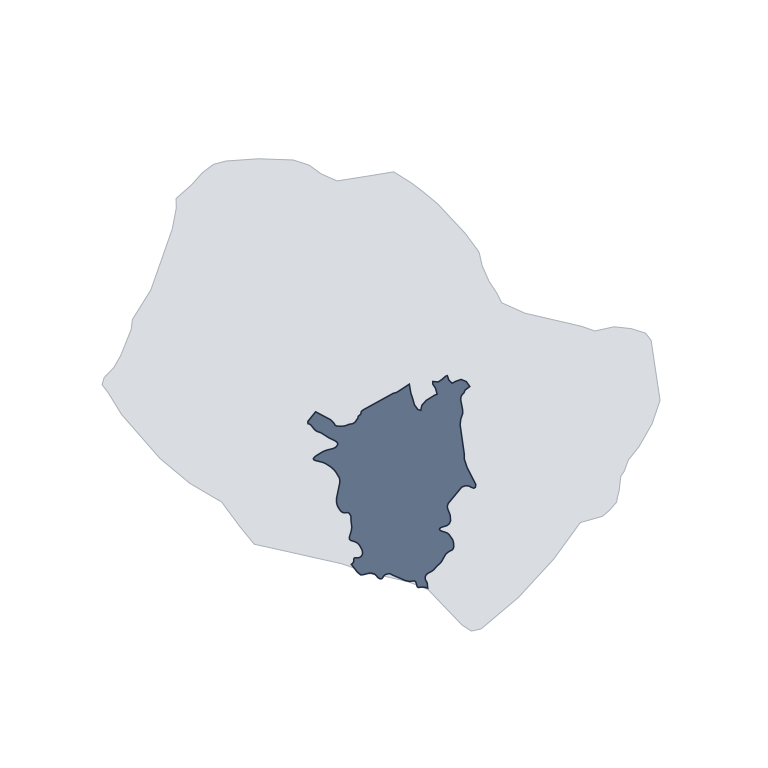 where Maseru sits in Lesotho, rotated 251°
{"feature_id": "LSO-1203", "entity_name": "Maseru", "entity_type": "District", "adm_level": 1, "iso_a3": "LSO", "parent_name": "Lesotho", "parent_adm1": "", "projection": "mercator", "projection_center": [27.777, -29.596], "detail": "fine", "context": "in_parent", "style": "filled", "palette": "slate", "viewbox_px": 768, "rotation_deg": 251, "n_neighbors": 0, "source": "natural_earth", "source_scale": "10m", "svg_char_len": 3593}
<svg xmlns="http://www.w3.org/2000/svg" viewBox="0 0 768 768"><g transform="rotate(251 384 384)"><path d="M500.1,509.8L479.8,516.2L477.0,516.8L464.0,515.3L446.7,516.8L433.0,520.3L422.5,521.7L405.2,540.1L373.9,590.0L365.5,600.5L363.2,620.1L355.9,635.7L347.0,647.8L338.3,650.8L312.1,645.9L278.6,639.7L259.2,624.6L241.8,604.8L232.7,590.4L223.1,582.5L219.9,578.0L206.2,571.4L201.1,568.0L196.6,565.5L191.1,555.9L187.8,547.6L189.1,524.5L179.5,510.8L163.1,487.3L152.7,468.0L138.5,441.8L129.8,419.3L120.8,396.1L121.9,386.2L130.6,379.4L155.8,367.7L175.4,358.7L189.4,342.1L204.8,317.5L212.2,302.7L219.6,295.9L227.8,285.5L242.0,262.4L257.8,236.8L274.7,209.2L296.0,201.3L325.2,192.1L353.2,168.1L386.6,147.9L440.4,126.0L465.5,120.4L475.1,117.2L481.1,121.4L487.5,133.9L496.7,144.4L517.9,162.7L526.9,167.1L548.9,194.2L572.3,212.8L599.4,234.2L617.8,244.8L627.1,247.8L634.9,266.8L642.8,280.9L647.2,294.2L646.3,307.1L637.8,338.7L625.4,371.0L615.4,384.4L603.2,392.9L591.3,405.7L586.7,431.7L581.4,462.2L565.8,474.9L553.7,483.1L537.0,493.3L500.1,509.8Z" fill="#d9dde1" stroke="#a8b0b8" stroke-width="1"/><path d="M186.7,349.6L188.0,348.6L188.9,343.9L191.4,339.9L200.8,329.6L202.2,328.5L203.1,326.9L203.4,323.6L202.8,321.6L201.5,320.0L200.6,318.5L201.1,316.7L203.1,315.1L205.2,314.4L207.3,313.2L209.5,310.2L210.0,307.9L210.5,301.9L211.1,299.8L214.9,297.5L224.1,294.4L224.2,294.9L225.2,296.8L225.9,297.4L226.7,297.9L227.9,298.2L228.7,298.7L229.1,299.3L229.2,300.0L228.1,302.9L228.0,303.7L228.0,304.9L228.6,306.4L229.6,307.9L231.7,308.9L234.3,309.2L239.3,308.4L242.1,307.2L244.3,305.2L246.9,301.6L248.5,300.8L250.3,301.3L255.9,305.3L259.3,307.0L266.0,308.4L269.7,309.7L273.0,309.1L274.2,307.9L274.7,306.2L275.1,304.6L275.9,303.2L277.1,302.2L278.8,301.4L282.9,300.4L285.2,300.3L287.7,300.6L291.4,301.9L305.0,310.0L307.1,310.8L309.7,311.2L316.4,309.8L318.9,308.9L323.1,306.6L327.8,302.8L329.8,300.6L333.9,294.3L335.3,292.9L336.5,292.9L337.5,294.5L338.3,296.6L339.9,303.9L340.1,306.4L340.1,309.0L339.6,314.7L339.8,317.1L340.5,319.0L341.9,320.5L343.6,320.9L345.9,319.5L351.1,314.3L358.4,308.5L360.9,305.3L362.4,304.1L364.2,303.2L369.0,301.5L369.9,300.9L370.7,300.1L371.2,299.2L372.4,299.5L373.4,299.8L380.0,310.3L367.8,321.7L365.6,322.9L362.7,324.1L361.0,324.3L359.7,325.6L358.7,327.8L357.8,330.3L357.3,332.5L357.1,334.9L357.3,337.5L356.7,341.3L357.1,343.5L357.9,345.1L359.2,346.6L359.8,347.7L360.4,348.4L361.8,349.0L362.3,350.1L362.7,351.4L363.2,352.4L365.0,353.2L365.8,354.3L366.4,356.3L372.2,389.8L371.9,392.5L372.3,394.8L375.6,407.9L366.5,406.4L361.4,406.4L354.4,406.0L348.9,407.7L347.1,410.2L351.5,412.8L354.8,418.7L355.9,423.7L357.0,428.4L357.0,430.9L363.2,431.3L368.0,430.1L370.5,430.9L368.3,436.0L369.4,440.2L371.3,444.8L371.3,446.6L366.5,446.6L362.5,448.7L363.2,452.5L363.2,458.4L359.5,462.6L353.7,464.3L351.8,458.6L349.6,456.7L348.8,454.9L347.1,452.8L344.3,451.4L334.2,450.0L330.6,448.9L325.7,445.1L320.6,442.7L291.6,437.1L286.8,435.5L277.9,435.4L259.1,438.1L256.6,436.8L256.2,435.0L258.0,432.8L260.2,430.7L261.3,427.6L261.2,423.9L250.2,405.9L247.9,404.1L245.5,403.6L238.4,403.9L233.1,402.5L230.6,400.2L229.6,397.4L229.8,391.5L229.2,389.4L228.1,389.1L226.7,390.0L222.9,394.9L221.9,395.7L220.6,396.5L214.7,398.2L212.5,398.2L210.8,398.0L207.4,397.0L205.8,395.9L204.8,394.2L204.7,392.4L204.2,390.1L203.1,387.1L197.4,380.6L195.8,377.9L194.9,375.4L192.1,370.4L191.4,368.2L190.7,363.7L189.7,361.6L188.6,360.5L187.2,359.8L185.7,359.5L184.5,359.6L182.0,360.1L177.3,359.0L176.7,358.9L177.2,358.3L178.7,356.0L179.8,353.3L180.3,350.3L181.5,349.4L186.7,349.6Z" fill="#64748b" stroke="#1e293b" stroke-width="1.5"/></g></svg>